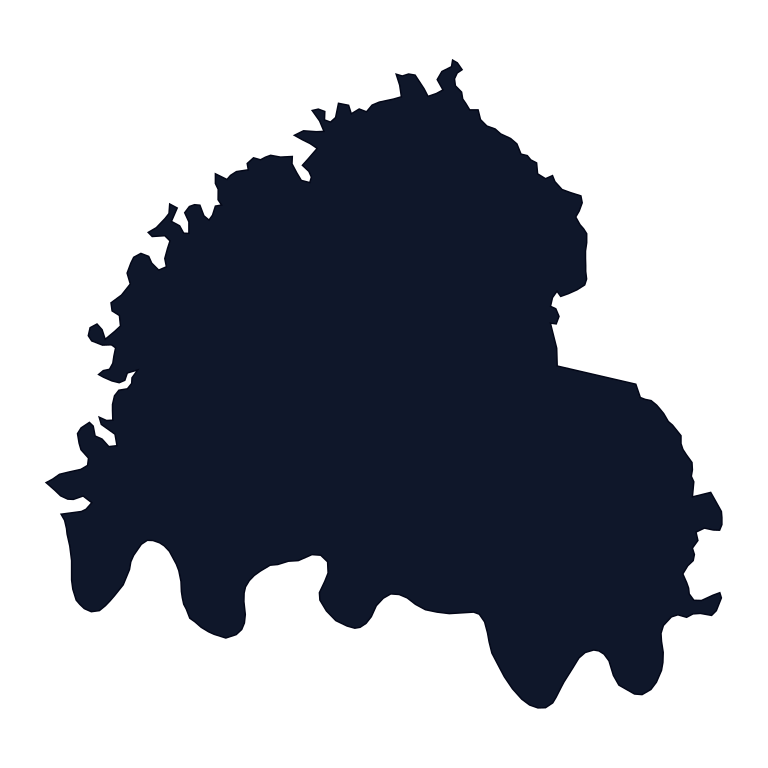 outline of Quedas do Iguaçu, Paraná, Brazil
{"feature_id": "56859067B83242561936103", "entity_name": "Quedas do Iguaçu", "entity_type": "district", "adm_level": 2, "iso_a3": "BRA", "parent_name": "Brazil", "parent_adm1": "Paraná", "projection": "mercator", "projection_center": [-52.976, -25.446], "detail": "fine", "context": "isolated", "style": "filled", "palette": "ink", "viewbox_px": 768, "rotation_deg": 0, "n_neighbors": 0, "source": "geoboundaries", "source_scale": "gbopen_adm2", "svg_char_len": 4509}
<svg xmlns="http://www.w3.org/2000/svg" viewBox="0 0 768 768"><path d="M169.7,204.0L169.0,213.5L165.0,218.6L156.3,227.7L148.2,232.4L152.2,236.5L164.8,235.7L170.0,240.9L167.5,248.6L164.8,258.5L166.4,266.8L158.7,270.1L151.7,263.1L148.7,256.4L140.9,253.4L133.7,257.3L130.9,263.0L127.1,273.1L130.3,284.0L121.5,295.1L111.0,302.8L112.1,310.9L119.4,315.5L120.5,326.0L114.7,331.4L105.2,339.3L102.1,329.7L97.0,324.0L90.1,327.7L88.3,335.7L91.7,340.9L102.5,345.1L111.4,344.8L115.6,347.8L113.9,356.1L112.8,363.3L109.5,369.3L103.3,370.6L98.6,374.5L103.5,377.2L111.9,380.9L119.2,382.7L124.8,380.3L127.3,373.0L137.7,369.9L132.0,377.8L131.7,383.4L127.4,388.8L118.9,390.2L114.5,395.8L112.5,404.5L112.5,410.3L112.8,420.2L106.5,420.5L99.2,417.2L101.3,424.4L115.0,434.2L117.0,445.7L108.8,446.6L102.1,439.1L95.1,436.0L93.2,426.1L89.4,422.4L81.1,427.9L77.5,433.6L79.1,443.2L81.0,449.7L88.5,458.1L87.6,465.4L80.8,469.4L69.0,472.0L59.5,474.3L52.7,479.1L46.1,482.6L54.8,490.2L60.6,495.8L67.7,499.1L73.4,499.4L83.1,496.0L91.8,502.7L86.0,509.3L81.4,511.5L61.1,514.2L64.6,520.3L66.5,528.5L67.1,534.1L69.8,546.1L71.6,560.6L71.6,580.0L72.8,589.1L76.2,600.1L79.8,604.3L84.3,608.6L91.3,611.7L99.4,610.6L105.4,605.7L110.0,600.9L114.4,595.8L123.2,584.8L129.5,569.5L130.8,561.8L133.6,555.4L141.3,544.3L147.3,540.3L153.0,540.5L159.6,542.8L164.3,545.9L169.4,551.3L176.3,564.1L178.8,570.6L181.0,581.5L181.4,591.5L182.3,597.6L183.7,604.2L186.3,609.1L189.8,618.2L194.9,621.8L201.2,627.3L208.6,631.8L214.1,634.3L225.8,638.0L236.2,634.6L241.7,629.5L244.4,623.0L245.3,614.5L243.9,601.6L244.1,593.1L245.5,586.9L249.3,580.6L254.2,575.5L260.3,571.1L270.1,565.2L277.8,564.5L288.4,561.2L298.3,560.6L311.9,554.6L320.7,555.2L327.6,561.8L328.1,573.0L324.8,581.3L319.4,592.7L319.9,600.1L326.4,610.9L335.8,620.6L347.0,626.0L354.8,628.2L360.1,627.3L366.1,623.3L371.3,616.7L376.3,605.7L383.3,598.2L390.8,593.9L399.2,594.5L407.2,597.9L415.4,604.3L425.4,609.7L437.0,612.1L449.3,613.6L464.0,612.7L473.6,612.1L479.3,614.2L484.6,621.9L487.5,632.8L489.1,641.8L491.9,653.1L497.7,664.2L504.3,676.7L512.5,688.8L521.8,699.2L529.6,705.0L537.9,707.9L545.5,707.7L552.7,702.9L556.0,697.4L561.4,686.8L564.0,681.9L572.4,668.6L578.9,658.0L585.2,652.5L593.7,650.0L598.9,650.9L604.0,654.1L609.0,660.9L613.4,675.4L618.9,685.1L634.5,694.0L642.1,694.6L650.9,689.5L656.4,682.2L661.5,670.4L662.9,662.4L663.2,652.4L661.5,641.3L661.0,633.4L663.4,625.5L671.4,616.9L677.9,614.8L686.6,617.3L693.0,613.9L700.4,613.4L711.6,615.4L716.3,610.7L721.4,597.9L719.8,592.7L713.0,595.2L701.5,600.5L693.9,600.3L689.2,593.9L688.6,588.1L686.7,582.7L682.8,573.9L687.8,565.7L693.2,560.6L694.4,554.5L692.4,548.1L697.9,540.5L696.0,532.1L704.4,528.1L713.3,530.0L719.6,530.2L721.9,524.6L721.9,517.6L721.4,511.5L714.6,499.3L710.7,492.4L692.4,496.9L693.8,481.8L691.3,476.3L692.4,469.9L692.0,462.5L686.4,454.8L682.9,449.4L681.0,443.6L681.0,435.7L672.5,425.1L668.3,421.5L663.7,413.6L660.2,409.3L656.7,405.2L651.1,400.6L645.2,399.4L640.3,397.5L635.8,384.2L557.2,366.0L556.7,348.2L550.4,323.1L556.2,323.9L559.0,316.4L555.8,308.8L550.5,306.3L552.5,297.6L557.0,291.2L560.7,296.4L568.3,293.7L577.0,289.8L584.7,284.9L586.6,279.0L585.7,271.3L585.7,265.5L585.5,258.5L585.5,251.0L586.7,242.7L586.7,233.7L583.6,228.8L580.0,224.7L575.7,217.0L579.2,211.0L582.2,202.8L580.9,195.9L570.5,192.6L562.0,189.5L554.9,181.6L552.5,175.6L545.5,178.7L537.6,173.8L536.6,162.9L530.8,159.9L527.3,155.6L521.0,154.1L516.9,143.9L510.6,138.5L500.7,133.9L495.2,129.0L486.8,126.0L480.5,119.6L478.1,109.9L469.7,109.9L465.7,103.3L462.7,99.0L461.6,92.1L455.4,85.8L454.5,78.8L457.2,73.0L462.1,69.7L457.3,62.8L452.6,60.1L451.5,66.7L441.9,71.5L437.2,79.6L443.0,89.9L436.4,93.5L428.0,96.4L424.1,88.8L415.1,75.1L408.6,74.0L402.3,76.0L396.2,74.2L399.7,85.2L401.4,96.8L393.4,99.1L379.3,102.1L372.1,105.1L366.5,111.8L359.2,109.0L351.3,113.8L348.6,105.3L338.5,103.3L335.6,117.5L330.5,122.1L324.5,119.9L324.8,111.5L318.3,109.1L312.2,110.5L319.6,120.9L324.0,131.4L316.3,131.7L303.5,130.8L294.4,135.3L302.7,139.9L310.0,143.5L317.2,148.4L307.8,159.3L302.4,165.3L308.9,171.4L311.4,177.1L309.8,182.6L301.3,180.4L296.7,172.7L292.0,163.8L292.3,156.5L280.5,157.1L270.6,155.3L265.4,157.2L260.5,159.8L253.5,157.8L247.2,163.5L248.3,169.8L236.4,171.6L230.5,175.4L227.0,179.5L215.4,173.8L215.4,183.5L218.2,189.3L218.1,199.8L221.6,205.0L215.4,206.1L212.5,215.2L209.0,220.1L203.9,215.8L199.9,205.2L194.5,204.7L189.4,206.5L184.7,212.7L188.9,221.9L188.9,233.4L183.7,233.2L179.6,225.8L171.4,221.4L177.2,208.0L169.7,204.0Z" fill="#0f172a" stroke="#020617" stroke-width="1.5"/></svg>